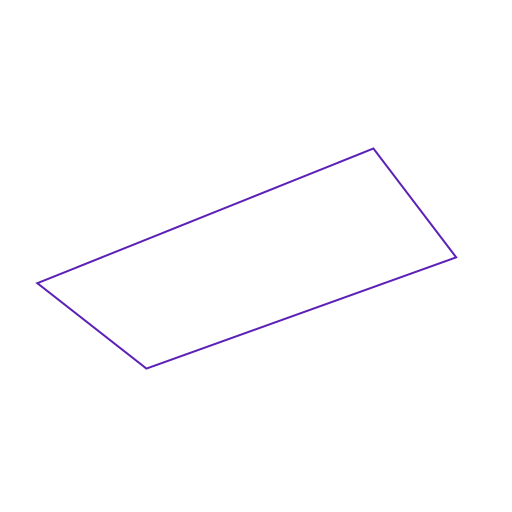 SVG path tracing the border of Roche Caïman, rotated 303°
{"feature_id": "SYC-5222", "entity_name": "Roche Caïman", "entity_type": "state/province", "adm_level": 1, "iso_a3": "SYC", "parent_name": "Seychelles", "parent_adm1": "", "projection": "mercator", "projection_center": [55.482, -4.649], "detail": "fine", "context": "isolated", "style": "outline", "palette": "violet", "viewbox_px": 512, "rotation_deg": 303, "n_neighbors": 0, "source": "natural_earth", "source_scale": "10m", "svg_char_len": 224}
<svg xmlns="http://www.w3.org/2000/svg" viewBox="0 0 512 512"><g transform="rotate(303 256 256)"><path d="M114.1,87.4L410.1,295.9L363.9,424.6L101.9,225.4L114.1,87.4Z" fill="none" stroke="#5b21b6" stroke-width="2"/></g></svg>